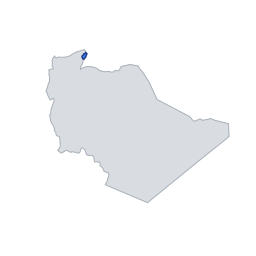 Mayo-Binder, Mayo-Kebbi Ouest, Chad shown in context, rotated 113°
{"feature_id": "50815135B24188788926450", "entity_name": "Mayo-Binder", "entity_type": "district", "adm_level": 2, "iso_a3": "TCD", "parent_name": "Chad", "parent_adm1": "Mayo-Kebbi Ouest", "projection": "mercator", "projection_center": [14.472, 9.854], "detail": "fine", "context": "in_parent", "style": "filled", "palette": "blue", "viewbox_px": 256, "rotation_deg": 113, "n_neighbors": 0, "source": "geoboundaries", "source_scale": "gbopen_adm2", "svg_char_len": 4346}
<svg xmlns="http://www.w3.org/2000/svg" viewBox="0 0 256 256"><g transform="rotate(113 128 128)"><path d="M189.1,80.8L189.1,86.3L189.1,91.7L189.1,97.2L189.1,102.6L189.1,108.0L189.1,113.4L189.1,118.8L189.1,124.2L189.1,126.0L188.9,126.7L188.9,126.8L188.7,126.9L185.9,126.4L184.7,126.4L183.0,126.8L180.5,127.0L178.9,127.0L177.8,127.9L176.9,129.0L177.3,131.7L177.2,132.5L176.9,133.5L176.1,134.2L175.4,134.9L174.9,135.4L174.4,136.6L174.0,137.2L174.0,137.9L173.9,138.7L173.4,139.1L172.3,139.4L171.5,139.8L170.9,140.4L170.5,140.8L170.7,141.3L171.0,142.1L171.2,143.3L171.3,144.0L171.9,144.5L172.2,144.9L172.3,145.4L172.0,145.9L170.6,146.7L170.0,147.0L169.4,147.5L169.1,147.6L168.1,148.4L167.6,149.2L167.3,149.8L167.3,150.6L167.9,151.8L168.4,152.9L168.7,153.7L168.8,154.6L168.7,155.4L168.4,156.1L167.9,156.7L166.0,158.0L165.0,159.3L164.3,160.9L164.1,161.8L164.3,162.4L164.7,162.9L165.3,163.1L166.1,163.2L167.5,162.9L168.8,162.8L170.2,163.3L170.9,164.7L170.6,165.7L171.1,167.5L171.6,169.7L171.6,170.4L171.8,170.7L172.6,170.8L172.8,171.3L172.5,175.1L172.9,176.2L173.5,176.9L174.2,177.3L174.8,177.8L175.2,178.2L175.9,178.3L176.8,178.9L177.0,179.9L177.0,180.7L176.5,182.7L176.1,184.0L175.6,183.9L174.6,183.6L173.3,183.3L171.8,183.1L170.4,183.6L168.8,184.3L168.3,184.8L167.9,185.1L167.2,185.0L166.6,185.1L166.2,185.6L165.7,186.1L163.4,187.2L163.0,187.6L162.7,188.0L162.7,188.5L162.9,189.4L162.9,190.5L162.4,191.4L161.8,192.0L161.2,192.2L160.6,192.4L160.3,192.7L159.1,194.8L158.6,195.2L157.5,195.1L154.6,198.2L154.3,199.1L153.2,200.4L151.9,201.8L150.6,202.5L150.5,202.8L150.2,203.0L149.5,203.3L146.9,205.1L143.7,205.0L142.4,205.7L141.0,206.0L139.0,206.3L138.5,206.3L135.9,206.4L133.0,206.4L131.9,206.6L130.8,207.3L130.0,207.9L129.9,208.1L130.0,208.3L130.0,208.5L132.0,209.9L132.6,210.6L132.0,211.3L131.8,211.4L131.4,212.0L130.2,213.6L128.4,215.4L127.4,216.0L127.0,216.3L126.6,217.6L126.2,217.8L125.0,217.9L122.5,218.1L119.0,218.5L116.9,218.6L115.6,218.5L113.8,219.4L113.2,219.6L112.8,219.6L111.0,220.5L109.5,221.8L108.9,222.0L106.8,222.6L106.0,223.5L105.6,223.6L104.3,222.4L103.3,221.3L102.9,220.2L102.8,219.9L102.6,219.9L101.8,220.4L101.2,221.0L100.9,222.0L98.7,222.7L96.9,223.3L96.0,224.1L94.7,224.4L93.0,224.3L91.7,224.0L90.5,223.9L91.1,222.9L91.3,222.2L91.4,221.4L91.3,220.8L90.5,220.5L90.0,220.0L89.0,217.3L87.8,214.5L86.3,211.8L84.5,210.0L83.3,208.9L82.9,208.8L82.3,208.5L81.8,208.1L79.5,206.3L77.2,204.2L76.6,203.2L75.4,201.8L74.1,200.3L73.4,199.7L73.0,198.4L74.0,197.4L74.9,196.0L76.1,195.1L77.7,195.0L80.2,195.4L83.0,195.5L85.7,195.2L86.4,195.0L87.1,195.0L88.6,195.4L91.2,195.3L92.5,194.7L91.1,193.8L89.5,192.3L88.1,190.6L87.2,189.1L86.4,187.2L85.7,184.8L85.3,181.7L85.3,179.9L85.6,178.7L86.3,176.6L85.8,175.4L85.9,174.4L85.9,173.0L85.6,172.3L84.6,169.9L84.4,169.6L83.5,168.0L83.1,165.2L82.1,163.4L80.5,162.5L79.6,161.4L79.3,159.5L78.7,159.0L76.2,158.4L74.1,158.4L72.5,156.2L70.6,153.5L68.7,150.9L67.6,145.8L66.9,142.8L67.7,141.9L69.2,139.8L71.1,135.8L75.4,129.6L77.6,126.4L82.0,121.6L87.4,115.7L90.4,112.4L90.9,106.3L91.4,99.9L91.8,95.0L92.3,89.2L92.7,84.3L93.0,80.8L93.4,75.8L93.8,74.8L95.9,70.8L96.1,70.3L95.7,69.6L92.7,66.3L91.7,65.5L91.2,63.8L92.0,62.8L88.3,57.1L87.4,56.4L87.0,55.7L87.0,54.7L86.9,50.7L85.9,44.5L84.7,37.2L88.9,35.2L92.2,33.6L96.3,31.6L100.2,33.6L105.7,36.6L111.3,39.6L116.8,42.6L122.4,45.5L127.9,48.5L133.5,51.5L139.0,54.4L144.6,57.4L150.2,60.3L155.7,63.2L161.3,66.2L166.8,69.1L172.4,72.0L177.9,75.0L183.5,77.9L189.1,80.8Z" fill="#d9dde1" stroke="#a8b0b8" stroke-width="1"/><path d="M81.7,195.4L81.3,195.4L81.1,195.3L81.0,195.2L80.8,195.2L80.7,195.1L80.4,195.1L80.2,195.0L79.9,194.9L79.6,194.8L79.3,194.7L79.1,194.7L78.9,194.7L78.7,194.7L78.5,194.8L78.3,194.8L78.2,194.8L77.8,194.8L77.7,194.8L77.4,194.8L77.2,194.8L76.9,194.8L76.7,194.8L76.3,194.8L76.2,194.8L75.9,194.9L75.7,194.9L75.7,195.0L75.5,195.3L75.5,195.5L75.4,195.8L75.4,196.0L75.2,196.2L75.1,196.4L75.4,196.4L75.7,196.5L76.0,196.6L76.3,196.8L76.6,197.1L76.8,197.3L76.9,197.5L77.1,197.7L77.3,197.7L77.5,197.6L78.0,197.6L78.4,197.7L78.7,197.9L79.0,198.0L79.3,198.3L79.5,198.3L79.4,198.4L79.7,198.3L79.8,198.3L80.1,198.2L80.3,198.2L80.5,198.1L80.7,197.9L80.9,197.7L81.0,197.6L81.2,197.3L81.8,196.9L81.7,196.8L81.7,196.7L81.8,196.5L81.8,196.4L81.7,196.3L81.7,196.2L81.8,196.1L81.9,195.9L81.8,195.6L81.7,195.4Z" fill="#3b82f6" stroke="#1e3a8a" stroke-width="1.5"/></g></svg>